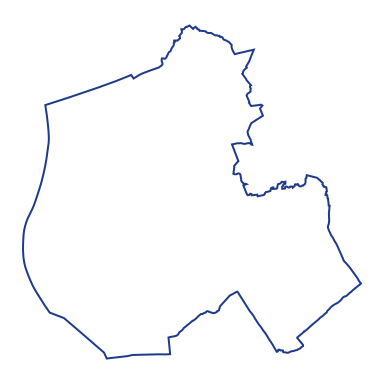 outline of Olanu, Vâlcea, Romania
{"feature_id": "2599482B48279356491922", "entity_name": "Olanu", "entity_type": "district", "adm_level": 2, "iso_a3": "ROU", "parent_name": "Romania", "parent_adm1": "Vâlcea", "projection": "orthographic", "projection_center": [24.283, 44.872], "detail": "fine", "context": "isolated", "style": "outline", "palette": "blue", "viewbox_px": 384, "rotation_deg": 0, "n_neighbors": 0, "source": "geoboundaries", "source_scale": "gbopen_adm2", "svg_char_len": 5913}
<svg xmlns="http://www.w3.org/2000/svg" viewBox="0 0 384 384"><path d="M281.3,350.3L282.9,350.5L283.0,350.8L283.1,351.9L283.3,352.2L285.2,352.3L286.8,352.8L288.5,352.6L288.9,352.5L289.9,351.9L292.0,351.1L293.2,351.1L295.3,350.4L297.3,350.0L298.4,349.1L299.8,348.7L301.8,346.8L303.0,346.1L303.1,345.5L302.9,344.7L297.3,338.1L297.2,337.8L297.3,337.4L302.1,333.5L303.2,332.4L303.8,332.0L304.0,331.5L304.5,331.5L305.1,330.9L306.7,329.7L312.3,324.6L318.8,319.2L319.4,318.4L320.5,317.5L323.1,315.7L324.5,314.1L325.2,313.7L325.9,313.0L326.6,312.6L327.1,311.4L327.6,310.6L328.9,309.4L329.8,308.4L331.7,306.4L333.8,304.9L338.2,302.5L341.1,299.9L342.7,297.7L344.1,296.7L346.3,296.0L349.8,292.8L351.3,291.7L352.7,290.3L357.6,286.3L359.6,284.7L361.0,283.5L360.4,282.5L360.1,282.4L359.4,281.6L357.2,277.8L349.4,267.0L346.0,263.1L344.3,261.4L343.6,260.3L342.3,257.1L337.1,245.4L336.3,243.8L334.3,240.6L332.7,237.4L331.3,235.6L328.7,229.9L328.0,227.7L327.9,226.7L328.0,226.0L328.7,224.1L329.0,222.8L328.9,222.1L329.2,221.1L328.9,213.4L329.6,205.8L328.7,205.7L328.5,202.9L328.2,200.8L328.1,198.7L328.0,198.4L327.6,198.4L327.2,195.2L325.6,195.1L325.6,193.7L326.3,193.2L326.1,192.0L326.2,191.8L326.9,191.3L326.3,187.3L326.0,187.2L325.4,187.3L324.6,186.8L323.5,186.6L323.4,186.3L323.6,185.7L322.4,184.5L322.5,184.1L322.8,182.9L320.1,180.6L319.5,179.8L318.8,179.4L317.1,177.8L306.8,175.2L306.4,176.4L306.5,176.7L306.4,178.1L305.6,178.5L305.5,179.6L305.6,181.6L305.3,183.3L304.9,184.0L303.3,185.5L302.9,185.3L302.6,185.4L301.1,186.4L300.3,186.4L298.9,185.9L298.7,185.6L298.2,184.5L297.6,183.9L297.3,183.4L297.4,184.4L297.3,184.8L295.6,184.3L294.9,184.5L294.8,185.8L292.7,187.7L292.5,187.2L292.4,186.6L290.8,186.6L290.0,186.7L289.9,187.2L289.0,187.5L288.4,187.6L287.1,186.7L286.1,186.5L285.7,186.8L285.3,186.8L285.0,188.3L284.8,188.3L284.6,188.6L282.2,188.8L282.1,186.7L282.3,186.4L283.0,185.9L283.2,185.7L283.3,184.5L283.8,184.2L285.4,183.7L285.4,181.7L283.9,182.2L282.2,181.8L281.7,181.9L281.3,182.3L280.6,183.2L279.9,183.6L277.9,184.3L277.1,188.2L276.6,188.7L273.1,188.9L273.2,187.4L272.5,187.4L272.2,188.4L271.8,188.1L271.4,188.0L271.0,188.2L270.5,190.8L270.3,191.0L268.0,191.7L265.8,192.1L265.1,192.9L264.8,193.5L264.5,194.5L264.3,194.7L263.4,195.1L257.6,196.3L257.2,194.6L251.8,195.3L251.5,194.0L250.1,193.7L249.7,194.1L249.6,194.7L248.0,195.3L247.5,195.0L246.7,193.8L243.3,185.3L246.5,184.2L245.9,183.9L244.8,184.0L244.1,183.7L243.2,183.1L242.2,182.2L241.2,180.6L241.1,178.5L240.8,177.5L240.7,176.2L240.3,174.3L239.5,173.7L238.8,173.4L238.3,173.4L237.9,173.5L236.8,174.1L235.8,174.3L234.8,174.3L234.0,174.1L233.3,173.7L233.8,172.5L233.6,171.6L233.9,170.3L234.0,169.1L234.3,167.8L234.3,167.3L234.1,166.8L234.2,165.9L236.4,163.3L238.4,161.2L232.0,144.4L237.2,143.3L241.4,143.2L242.7,143.6L244.4,143.9L248.0,143.2L249.3,143.1L250.0,143.3L250.8,144.1L252.1,144.8L252.3,144.8L250.8,141.0L250.7,139.8L248.3,135.3L247.6,132.4L247.7,131.1L248.4,129.9L250.2,125.4L251.0,123.8L251.5,123.0L262.9,115.7L260.0,108.7L260.3,108.1L262.4,105.6L261.3,104.8L260.6,104.7L258.7,105.1L251.1,106.0L248.9,102.6L249.4,102.0L246.6,95.6L247.2,94.2L247.6,93.7L248.6,93.1L249.6,92.2L250.5,91.7L250.5,89.4L250.6,88.9L250.8,88.7L249.9,86.8L250.1,86.1L250.3,85.7L251.0,85.3L247.2,80.9L246.5,80.0L246.0,78.9L242.3,73.9L242.7,73.7L242.9,73.3L242.9,72.8L243.0,72.1L244.0,70.1L246.8,67.7L246.1,66.6L249.1,61.5L251.1,56.3L253.8,49.7L234.7,54.1L234.5,53.6L234.0,52.9L232.9,51.0L232.2,49.2L231.6,47.3L231.5,46.5L231.7,45.0L231.5,44.8L228.9,42.0L227.1,41.1L226.4,40.5L225.5,40.3L223.7,39.5L223.1,38.8L222.6,37.6L222.0,37.1L221.1,36.8L220.5,37.0L220.1,36.9L219.9,36.8L219.8,36.2L219.4,35.8L218.6,36.0L217.8,35.6L216.7,35.3L215.8,35.4L215.2,35.3L214.2,34.9L213.6,34.4L212.6,33.9L212.1,33.5L210.9,32.9L209.0,33.1L207.2,32.7L206.5,32.4L206.1,31.7L205.7,31.4L204.2,31.1L200.9,30.8L200.3,30.6L199.7,30.9L199.4,30.7L199.3,30.2L198.9,29.5L198.3,29.5L197.4,29.1L197.3,28.9L197.3,28.5L196.5,27.7L196.2,27.7L195.6,26.8L194.1,27.7L193.1,28.9L189.5,25.5L188.5,26.0L187.7,26.6L186.9,26.7L186.6,27.0L186.0,26.9L185.1,27.7L184.5,28.6L183.1,29.4L181.9,29.3L181.4,29.2L181.4,29.6L181.8,30.7L182.0,31.9L181.8,32.9L179.2,36.0L179.4,36.4L180.0,37.1L180.0,38.3L177.3,40.7L176.5,40.5L175.9,40.6L174.2,40.5L174.1,40.9L174.2,41.3L174.8,41.9L174.6,42.4L174.0,42.5L173.8,42.8L173.8,44.3L173.6,45.5L171.7,48.2L171.3,49.2L170.5,51.1L169.9,51.7L169.2,52.0L168.6,52.7L166.1,57.9L164.9,58.7L164.4,58.8L163.7,58.5L161.9,58.4L161.7,59.0L161.7,61.1L161.8,61.6L162.5,63.4L162.5,63.9L162.3,64.8L160.9,66.0L158.8,67.5L150.7,70.3L143.5,73.0L139.9,74.6L133.6,78.5L131.2,75.0L116.2,81.0L98.3,87.5L70.9,96.8L45.3,105.1L46.8,115.1L47.8,123.6L48.5,130.9L48.8,136.7L48.8,140.1L48.6,143.2L46.4,159.1L45.2,166.0L43.4,174.3L41.4,182.3L39.4,189.0L35.4,201.1L33.8,205.6L32.1,209.4L28.8,216.2L27.5,218.9L26.2,222.4L25.1,226.1L24.1,230.6L23.5,235.5L23.1,243.4L23.0,249.6L23.2,253.7L23.5,257.7L24.0,261.1L24.6,264.2L25.4,267.3L26.5,270.6L28.5,275.9L30.3,280.3L32.9,286.0L35.9,291.4L44.6,305.2L49.7,312.6L64.0,318.1L82.1,333.6L104.0,352.6L106.8,358.5L127.5,356.1L132.3,355.0L138.9,354.8L159.0,354.3L165.6,354.4L170.1,354.2L170.0,352.7L168.5,337.5L170.2,337.0L174.8,336.2L176.9,335.5L177.9,334.7L178.7,333.6L179.1,332.5L182.2,330.1L183.0,329.2L183.7,328.1L190.1,322.9L192.7,320.6L193.5,320.6L195.8,318.7L198.2,316.3L200.9,314.0L202.4,314.1L204.3,312.8L205.2,312.8L205.9,312.3L206.5,311.5L207.1,311.2L207.7,311.2L208.3,311.4L209.6,312.0L213.4,313.2L215.3,312.7L216.8,312.0L217.0,311.3L218.9,310.4L220.0,306.4L220.4,305.9L225.4,300.4L229.6,295.7L237.1,291.6L237.4,291.9L237.7,292.0L249.9,311.3L251.5,313.1L253.4,315.7L255.1,318.7L258.6,324.1L261.0,327.1L263.3,330.6L266.0,334.2L269.2,339.5L272.4,344.3L272.8,344.8L273.5,346.3L276.7,351.8L277.3,351.7L277.8,351.4L278.1,350.7L278.1,350.0L278.3,349.7L278.5,349.6L279.4,349.7L280.2,350.1L280.2,350.3L280.7,350.5L281.3,350.3Z" fill="none" stroke="#1e3a8a" stroke-width="2"/></svg>